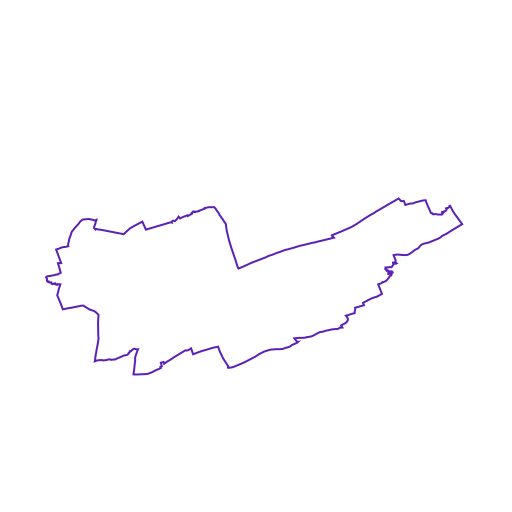 outline of Sopot, Dolj, Romania, rotated 158°
{"feature_id": "2599482B68085275929328", "entity_name": "Sopot", "entity_type": "district", "adm_level": 2, "iso_a3": "ROU", "parent_name": "Romania", "parent_adm1": "Dolj", "projection": "robinson", "projection_center": [23.496, 44.397], "detail": "fine", "context": "isolated", "style": "outline", "palette": "violet", "viewbox_px": 512, "rotation_deg": 158, "n_neighbors": 0, "source": "geoboundaries", "source_scale": "gbopen_adm2", "svg_char_len": 6044}
<svg xmlns="http://www.w3.org/2000/svg" viewBox="0 0 512 512"><g transform="rotate(158 256 256)"><path d="M457.3,315.3L457.7,315.1L458.4,315.1L458.6,314.8L458.3,313.8L458.5,313.6L458.4,313.2L458.8,311.9L459.1,311.4L459.1,310.7L458.9,310.5L458.3,310.4L457.8,310.1L458.1,309.4L457.5,308.9L455.8,308.3L456.0,307.9L456.0,307.5L455.9,306.9L455.4,306.2L454.5,306.4L454.1,306.3L453.7,305.7L453.4,305.6L453.3,305.8L452.6,306.0L452.4,305.9L452.5,305.5L452.5,304.9L452.4,304.7L451.7,304.2L451.4,304.1L451.1,304.2L451.1,303.9L450.7,304.0L450.4,304.3L450.1,304.0L450.0,303.8L449.2,303.6L448.0,303.0L451.4,299.0L452.7,297.0L455.0,294.1L454.9,284.3L455.1,278.9L449.9,278.0L446.6,277.2L435.9,275.2L434.6,274.6L434.3,274.4L433.9,273.6L430.3,268.7L427.0,265.9L426.6,265.5L425.2,263.2L424.1,260.7L424.3,259.9L426.0,256.4L427.4,253.4L431.8,242.0L432.7,239.1L433.3,237.8L435.2,234.5L438.5,229.4L438.8,229.1L440.0,226.9L441.8,224.2L442.1,223.5L443.1,222.1L443.2,221.5L444.9,218.7L442.9,218.7L440.8,218.3L439.1,217.7L438.9,217.5L438.0,217.4L437.2,216.6L436.3,216.3L434.8,215.8L431.1,215.2L429.9,214.8L429.3,214.0L426.1,213.2L425.7,212.9L425.1,212.8L424.1,213.0L418.0,213.1L416.2,213.3L415.6,213.2L413.7,212.7L412.6,212.6L410.9,213.1L410.5,213.4L410.3,213.9L409.5,214.0L409.2,214.2L409.0,214.4L408.8,214.9L407.9,214.5L407.6,214.5L406.7,215.1L404.9,215.5L404.2,215.8L403.0,215.3L402.2,214.6L401.1,213.8L400.4,213.7L403.4,210.4L405.9,207.5L407.6,203.4L407.9,203.1L411.8,195.8L414.0,192.2L412.9,191.6L410.4,190.6L401.6,187.5L399.2,187.2L395.2,187.2L391.1,187.7L388.3,187.6L386.3,187.8L386.3,188.9L384.7,189.0L384.2,192.7L381.4,192.4L381.6,190.5L377.2,191.5L374.1,191.9L369.6,192.9L356.7,195.0L355.6,194.3L354.6,194.1L353.7,194.1L350.8,194.7L351.1,188.4L346.5,188.4L340.7,188.1L343.4,188.3L342.3,188.2L330.0,187.0L325.1,186.1L325.3,181.3L324.9,173.8L324.6,172.0L323.3,165.3L323.0,164.5L323.2,164.1L323.7,163.5L323.8,162.9L323.0,162.4L322.3,162.5L322.0,162.3L320.4,161.8L318.3,161.6L307.4,161.7L294.6,162.9L290.1,163.8L288.4,164.0L284.4,164.3L282.6,164.2L278.7,163.9L276.7,163.5L271.8,161.9L268.9,160.7L266.3,159.9L262.3,159.7L260.8,159.4L258.7,159.3L255.9,160.0L251.6,160.1L250.3,160.2L249.2,160.6L250.0,160.8L251.2,165.3L247.4,164.2L242.8,162.4L240.2,161.7L239.2,161.8L237.4,161.2L234.6,160.7L231.7,160.8L229.9,161.1L225.9,161.5L224.3,161.3L222.7,160.8L220.1,160.7L216.3,160.0L214.4,159.8L213.6,159.5L212.5,159.4L211.3,158.9L209.2,158.5L208.0,157.8L207.3,157.7L206.1,157.9L205.2,158.3L204.1,157.7L203.6,157.6L202.7,157.3L203.0,159.4L203.1,159.7L202.9,159.8L198.8,160.2L197.1,160.6L196.2,161.1L194.9,162.1L194.3,163.4L194.5,165.2L195.0,167.0L192.7,166.7L189.3,166.5L185.9,166.1L185.0,168.1L184.5,168.6L183.7,169.9L183.5,170.9L174.4,169.9L174.3,172.5L165.0,173.4L162.0,173.3L159.1,173.0L153.4,173.7L153.3,184.0L149.8,183.8L148.3,184.4L148.0,184.1L146.4,184.0L145.0,184.2L143.5,184.7L141.6,185.8L140.5,186.3L140.4,186.5L139.7,187.2L139.1,187.3L138.1,187.3L137.6,187.6L137.3,188.0L137.1,188.5L138.4,189.3L140.1,189.8L139.9,190.5L139.7,190.8L137.5,189.5L137.2,189.0L135.7,189.3L135.4,189.6L135.4,189.9L135.6,190.4L135.9,190.9L136.7,191.3L137.6,191.5L138.2,191.2L138.2,191.9L139.0,192.5L138.8,192.9L139.6,193.3L140.4,193.4L140.4,193.6L139.9,193.9L140.0,194.6L140.3,194.9L140.8,195.0L141.0,195.3L141.0,195.6L140.1,196.5L140.1,196.8L137.1,195.7L136.3,195.8L135.0,194.9L133.6,195.3L132.1,196.5L130.9,197.1L130.1,196.9L129.2,196.4L128.4,196.5L129.1,197.4L130.5,198.1L131.5,198.4L131.4,198.6L129.6,198.0L128.8,198.0L128.7,199.1L128.2,199.5L128.0,200.0L128.1,201.2L128.2,203.8L128.1,205.3L125.9,204.8L124.4,204.4L118.8,201.6L116.6,200.7L115.1,200.3L114.3,200.3L112.2,200.5L108.8,201.4L107.7,201.8L106.3,202.1L102.7,202.4L99.5,204.1L97.8,204.6L95.7,204.5L90.7,203.8L80.4,203.8L77.7,204.2L76.5,204.7L75.8,204.9L71.3,205.2L65.5,206.3L52.9,208.3L56.1,221.0L56.6,223.7L57.3,229.9L58.2,229.7L58.4,229.0L61.1,228.4L61.2,229.0L62.0,229.0L62.0,228.7L61.6,228.3L61.7,228.0L62.0,227.5L63.3,226.7L64.2,226.7L65.1,226.9L65.2,226.7L65.7,226.7L65.9,226.5L66.0,226.4L65.7,226.1L65.9,226.0L66.5,226.2L66.6,226.3L66.5,226.8L67.1,227.1L67.2,227.3L67.6,227.6L67.3,227.2L67.2,225.8L67.4,225.8L67.5,225.6L67.6,224.9L68.2,224.8L71.6,226.2L73.5,227.5L75.7,228.1L76.3,228.5L76.4,229.5L77.4,230.0L77.7,230.3L78.0,241.2L77.8,244.1L79.1,244.6L82.9,245.4L84.7,245.5L87.9,246.0L89.1,246.0L90.6,245.9L93.6,246.9L98.4,247.4L98.3,251.5L101.0,252.7L102.2,255.9L128.1,252.2L130.6,251.6L134.6,251.2L141.9,249.9L151.8,247.8L156.8,247.1L167.4,246.8L178.0,246.8L178.1,246.6L176.9,243.8L185.4,245.0L193.8,246.3L196.5,246.5L197.5,246.9L209.9,248.7L211.0,249.0L217.4,249.5L224.7,250.3L225.6,250.6L226.2,250.6L229.1,250.8L232.4,250.8L236.0,251.1L239.3,251.0L244.7,251.4L246.7,251.1L262.6,251.4L270.5,251.0L277.0,250.9L277.1,253.2L276.5,260.3L275.9,271.7L275.2,279.9L274.9,282.4L273.6,290.7L272.0,296.8L272.3,298.6L272.6,299.6L272.9,301.0L273.1,302.9L273.7,304.0L273.8,305.7L274.0,306.4L274.3,306.9L274.6,310.2L275.0,311.4L275.9,315.6L276.4,316.9L281.6,319.0L283.8,319.3L285.7,319.7L285.9,319.1L292.6,319.3L292.6,319.0L295.8,319.8L295.9,319.6L296.9,320.0L296.7,320.3L297.4,320.5L296.9,321.2L298.1,320.5L299.6,320.0L299.5,319.2L304.3,318.6L304.3,319.4L307.9,319.5L311.7,319.4L312.3,319.3L313.0,321.5L314.5,320.4L317.7,318.8L318.2,318.8L319.3,319.7L320.0,319.8L320.7,319.6L321.4,319.0L321.5,318.5L322.4,319.2L348.2,321.7L348.5,330.4L357.7,329.5L362.5,328.8L366.4,327.4L370.5,325.8L390.4,338.7L392.2,339.6L393.9,340.9L394.9,340.6L395.7,342.7L394.7,344.2L393.2,345.7L391.7,347.8L390.4,349.1L390.3,349.3L391.1,349.2L392.2,349.4L393.4,350.4L396.6,352.6L397.6,353.1L399.7,353.7L402.4,354.6L403.4,354.7L406.1,353.8L408.6,352.2L413.1,350.1L415.5,348.8L416.1,348.3L416.8,348.1L417.5,347.6L418.4,346.8L419.0,345.9L422.8,341.7L423.9,339.8L425.5,337.9L426.4,335.7L426.4,335.4L427.4,335.6L429.0,335.7L431.2,336.4L433.9,336.8L435.5,336.6L438.9,336.9L439.3,322.4L442.3,323.6L443.3,313.6L447.0,313.2L448.2,313.7L449.1,313.7L450.9,313.9L452.4,314.3L453.6,314.4L456.8,315.3L457.3,315.3Z" fill="none" stroke="#5b21b6" stroke-width="2"/></g></svg>